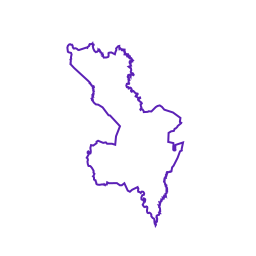 Bougouni, Sikasso, Mali, rotated 156°
{"feature_id": "8926073B95704920034733", "entity_name": "Bougouni", "entity_type": "district", "adm_level": 2, "iso_a3": "MLI", "parent_name": "Mali", "parent_adm1": "Sikasso", "projection": "equal_earth", "projection_center": [-7.39, 11.295], "detail": "fine", "context": "isolated", "style": "outline", "palette": "violet", "viewbox_px": 256, "rotation_deg": 156, "n_neighbors": 0, "source": "geoboundaries", "source_scale": "gbopen_adm2", "svg_char_len": 5904}
<svg xmlns="http://www.w3.org/2000/svg" viewBox="0 0 256 256"><g transform="rotate(156 128 128)"><path d="M127.5,48.0L126.5,48.4L126.7,48.9L126.6,49.2L125.5,48.7L124.5,49.3L124.5,49.8L123.9,49.2L123.4,50.1L122.6,50.0L122.6,50.4L123.2,50.9L122.8,51.2L122.3,51.6L121.7,51.2L121.0,51.6L120.9,51.2L120.5,52.7L119.4,52.7L119.0,53.1L118.6,54.6L118.0,54.3L117.6,55.6L117.4,55.6L116.9,56.9L117.4,57.0L117.0,57.6L117.2,58.0L117.0,58.6L117.1,59.2L116.4,59.5L116.3,60.0L117.1,60.2L116.8,61.0L117.0,61.5L116.6,62.1L116.9,64.2L116.2,64.6L116.4,65.0L115.9,65.4L115.9,65.9L115.1,66.4L115.1,67.2L113.9,67.7L113.6,67.4L113.4,68.3L112.7,68.3L112.0,69.1L112.5,69.0L112.4,69.8L111.2,70.5L111.0,71.2L110.7,71.5L110.5,71.1L110.1,71.7L109.7,71.7L108.8,71.1L108.2,71.0L107.9,71.2L106.8,71.0L106.8,70.7L106.0,70.7L103.7,74.1L101.7,75.0L94.8,80.6L90.0,85.5L88.0,85.6L87.7,86.7L83.6,92.4L91.4,93.2L92.1,92.3L93.3,89.7L93.5,88.7L94.3,88.4L95.1,88.8L95.5,89.7L93.9,93.2L93.3,93.9L92.7,95.8L96.9,98.9L92.9,107.0L89.9,107.4L87.3,106.7L85.7,108.3L84.6,108.2L82.6,108.9L81.8,109.6L77.5,110.8L77.2,111.1L78.1,112.1L78.1,112.5L76.0,115.9L80.6,123.9L87.4,130.0L88.4,133.5L89.8,135.7L92.1,136.1L94.2,135.8L99.9,133.6L102.4,134.9L103.3,134.7L107.1,136.1L106.8,137.3L107.2,139.1L107.8,139.8L109.1,139.4L109.2,139.9L107.3,141.4L107.4,142.3L106.9,144.5L106.1,144.5L105.8,145.0L105.4,145.0L105.4,145.9L106.2,147.0L106.9,149.3L107.2,149.2L107.3,149.8L107.1,150.1L104.7,150.4L104.6,151.0L106.6,151.3L107.1,152.5L108.2,153.8L107.5,154.5L106.5,154.3L105.3,155.1L105.3,155.5L107.0,156.7L108.0,159.6L110.0,159.7L110.2,160.4L110.0,161.0L109.3,160.9L108.9,161.7L109.0,163.3L109.5,164.0L110.1,164.2L110.7,163.7L111.4,163.8L111.3,165.4L112.4,165.8L112.3,167.4L111.1,168.8L109.2,167.9L108.8,168.2L108.7,168.5L109.0,169.5L108.0,170.9L108.0,171.5L107.2,171.3L107.1,171.9L107.4,172.9L106.8,173.3L106.9,174.0L107.5,174.5L107.4,175.0L106.9,175.2L106.4,176.2L105.2,176.2L104.9,175.8L104.7,173.9L104.3,174.6L104.3,175.8L102.3,175.0L101.7,174.1L101.2,174.3L101.3,175.9L102.7,177.2L102.6,178.4L101.5,179.5L101.0,181.5L101.9,182.5L102.5,183.8L99.9,183.6L99.8,185.0L100.0,185.8L98.7,186.3L98.3,186.1L98.6,186.5L99.9,186.8L99.8,187.5L99.3,188.1L98.8,188.3L98.1,187.1L97.0,187.0L96.9,188.6L96.2,188.3L96.6,189.7L96.6,190.4L97.8,190.6L98.3,191.6L97.5,191.7L97.1,192.7L98.7,193.8L99.0,193.5L99.6,193.7L99.6,194.1L99.3,194.6L98.6,194.7L97.9,194.4L98.0,195.5L98.3,195.6L98.8,195.3L99.6,195.7L99.6,196.5L99.9,196.7L100.6,196.2L101.2,196.6L100.4,197.4L100.5,198.0L99.9,198.4L99.8,200.1L100.3,199.9L100.3,200.2L99.9,200.8L99.5,200.4L99.2,201.0L100.3,201.6L101.0,201.1L101.9,201.4L102.1,201.7L102.0,202.0L101.4,201.8L101.2,201.8L101.3,202.2L102.0,202.5L102.6,203.9L103.7,203.6L103.6,204.1L103.0,204.5L103.1,205.4L102.6,206.5L103.7,206.7L106.5,205.5L106.9,204.0L108.5,202.6L110.0,200.7L112.5,203.8L114.7,204.5L115.4,204.3L116.2,202.2L116.8,201.2L117.4,201.0L119.0,201.2L121.5,202.2L121.5,203.5L122.0,204.1L121.3,204.5L121.2,205.2L121.6,205.5L121.2,205.6L121.5,206.5L121.2,206.7L121.8,207.2L122.0,208.5L122.4,208.5L122.4,209.3L122.8,209.7L122.7,210.8L122.3,210.8L122.4,211.3L123.0,211.2L123.2,211.7L123.7,210.8L125.2,210.2L125.9,210.5L126.5,210.4L127.3,211.9L127.4,214.6L126.9,217.0L125.5,217.9L125.5,218.4L126.2,219.0L126.1,219.4L126.7,219.0L127.3,219.8L128.2,219.7L128.9,220.2L129.5,219.8L130.1,218.8L131.9,218.4L132.6,217.7L133.3,218.4L141.2,219.2L141.9,219.8L142.4,221.0L143.1,221.8L143.9,222.4L145.1,222.5L145.4,222.9L145.6,224.1L145.1,225.9L145.3,226.9L146.1,227.1L146.8,228.1L147.9,228.2L149.5,227.5L150.7,226.1L151.9,222.1L151.4,221.3L149.5,219.8L149.6,218.2L151.4,215.7L151.8,214.2L152.7,214.0L152.9,212.5L153.8,211.3L153.9,210.5L154.6,209.9L152.8,204.7L145.2,187.2L144.5,185.3L144.8,184.7L144.3,184.4L144.4,184.0L144.2,183.6L144.4,183.3L143.8,181.9L144.0,181.6L143.3,180.2L142.5,180.2L142.5,179.9L142.5,179.1L143.2,178.7L143.6,178.9L143.6,178.1L143.3,178.0L144.0,177.9L143.8,177.3L144.5,176.5L144.2,175.5L144.9,175.1L145.3,173.7L145.9,173.6L146.4,172.9L145.8,172.9L145.9,172.6L146.5,172.0L147.1,172.3L147.2,170.9L147.7,171.2L148.4,169.5L149.2,169.6L149.0,168.3L149.5,168.2L149.5,167.9L148.8,167.6L149.1,166.9L148.9,165.2L147.8,162.7L145.7,161.4L142.8,157.2L140.6,147.6L139.3,146.7L134.6,132.9L142.3,125.3L146.5,117.9L149.0,120.1L153.5,122.1L154.1,123.9L156.7,124.5L160.5,128.5L162.3,128.3L162.9,126.9L166.9,126.1L168.7,127.4L170.5,125.1L171.4,122.0L172.1,120.7L172.7,120.1L173.3,120.4L173.2,121.5L173.8,122.8L174.7,122.4L175.0,121.5L174.6,121.0L174.6,119.9L177.8,117.6L177.3,116.7L177.6,115.1L178.7,113.8L179.4,111.3L179.5,109.4L178.0,108.6L177.7,108.0L177.2,106.2L176.9,103.3L176.9,102.7L177.7,101.3L177.3,99.8L179.0,98.3L179.6,98.1L179.1,96.9L180.0,94.7L178.9,93.3L179.3,92.2L179.1,91.4L179.6,90.1L179.5,89.4L178.5,88.4L176.9,87.6L174.5,87.0L173.2,86.1L172.7,86.4L172.2,85.2L171.8,85.5L170.3,85.0L169.1,86.8L167.9,85.3L160.6,82.2L158.7,79.0L157.0,78.2L153.8,79.0L153.7,70.9L152.2,69.0L149.4,69.9L143.9,70.1L144.1,69.8L143.8,69.5L143.2,69.4L143.2,68.4L144.4,66.6L144.5,65.4L143.6,65.0L142.8,63.5L141.5,64.3L140.5,63.9L140.0,63.4L139.8,61.9L140.0,61.3L140.7,60.5L142.3,60.8L144.1,59.0L144.7,57.3L144.2,56.6L143.8,56.3L143.1,56.3L142.1,57.2L141.6,56.6L141.3,55.9L141.5,55.3L142.0,54.6L142.1,55.0L143.4,54.6L143.8,53.4L145.8,51.9L145.5,49.7L144.8,48.9L143.2,48.9L142.6,48.2L142.8,47.2L144.3,44.8L144.7,43.2L144.6,42.5L144.1,42.0L142.8,41.9L142.1,40.7L141.9,39.5L142.6,37.8L142.0,35.7L141.2,34.7L141.1,33.8L142.1,31.3L142.5,29.5L142.2,28.6L142.4,27.8L141.8,28.2L141.6,29.6L140.9,30.6L140.3,31.0L140.0,30.6L139.6,30.7L139.3,31.8L138.7,32.2L138.5,33.4L138.2,33.5L138.1,34.3L138.3,34.8L137.9,35.1L137.8,35.9L136.7,36.4L135.0,36.1L134.1,37.4L133.6,37.2L133.9,38.3L132.6,38.6L132.5,39.5L132.1,39.7L131.4,41.9L131.8,43.1L131.2,43.9L131.3,44.8L130.5,44.3L129.8,45.4L129.5,47.2L128.9,46.6L128.5,47.2L127.4,47.5L127.5,48.0Z" fill="none" stroke="#5b21b6" stroke-width="2"/></g></svg>